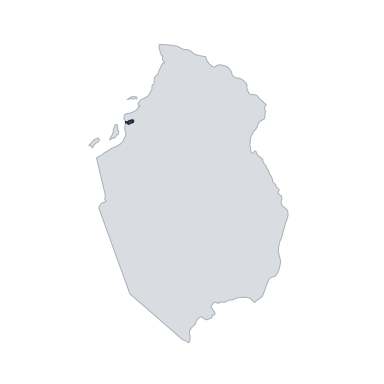 Ilala, Dar-Es-Salaam, United Republic of Tanzania (highlighted), rotated 221°
{"feature_id": "72390352B40584164885098", "entity_name": "Ilala", "entity_type": "district", "adm_level": 2, "iso_a3": "TZA", "parent_name": "United Republic of Tanzania", "parent_adm1": "Dar-Es-Salaam", "projection": "mercator", "projection_center": [39.169, -6.941], "detail": "fine", "context": "in_parent", "style": "filled", "palette": "slate", "viewbox_px": 384, "rotation_deg": 221, "n_neighbors": 0, "source": "geoboundaries", "source_scale": "gbopen_adm2", "svg_char_len": 5254}
<svg xmlns="http://www.w3.org/2000/svg" viewBox="0 0 384 384"><g transform="rotate(221 192 192)"><path d="M149.0,258.6L145.4,256.7L142.2,255.6L139.5,254.3L138.3,253.0L135.9,252.6L133.7,252.4L131.7,251.2L127.6,250.8L127.2,250.0L127.1,248.3L126.4,247.9L124.9,247.4L123.3,247.4L122.4,247.7L121.8,247.6L120.5,246.6L119.2,245.3L118.8,243.3L116.9,241.9L114.7,240.9L108.8,241.0L107.8,240.7L106.4,239.7L104.7,238.0L103.4,236.0L102.2,233.4L101.0,229.8L94.2,215.7L93.5,213.0L92.1,210.0L89.9,206.4L87.6,203.7L84.5,201.2L80.9,198.8L79.0,197.1L75.3,190.5L74.5,187.4L73.9,184.1L74.2,182.8L76.5,178.7L76.7,177.5L76.4,175.9L75.3,172.6L73.9,168.6L71.0,161.3L70.5,159.5L70.6,158.1L72.3,150.7L72.3,149.6L79.1,149.8L84.1,146.5L88.5,141.7L89.4,139.6L91.1,136.5L92.9,135.0L93.6,133.9L94.6,130.8L96.8,128.7L99.1,127.1L98.6,126.0L98.9,125.5L100.2,124.7L102.5,124.0L103.0,122.3L103.0,120.5L102.6,119.5L102.7,118.3L102.3,117.6L100.8,117.5L98.5,116.5L96.5,116.2L95.2,115.6L94.7,115.2L94.5,114.1L95.6,111.3L94.5,110.1L96.9,105.4L97.4,104.9L98.2,104.8L99.6,104.3L100.9,104.1L101.9,104.2L102.7,104.0L103.4,103.5L103.9,101.9L104.4,99.3L104.1,97.1L103.1,95.4L102.9,92.9L103.3,89.4L103.0,86.6L101.9,84.3L100.8,83.0L99.1,82.3L96.4,78.8L95.5,77.2L95.7,76.1L96.6,75.7L98.3,75.8L100.0,75.4L101.5,74.5L102.9,74.2L103.7,74.4L172.1,74.4L252.0,118.9L252.3,119.5L252.9,123.3L252.8,124.6L251.6,126.8L251.2,128.0L251.2,128.8L251.5,129.1L252.6,129.2L253.4,129.8L253.8,130.2L254.5,131.8L255.3,132.7L285.7,154.6L286.4,154.9L286.0,156.8L284.2,161.2L284.1,163.1L283.5,165.3L282.8,166.7L281.1,173.0L279.6,175.4L277.6,180.9L277.3,185.1L278.4,188.1L278.8,190.9L281.1,193.6L283.0,194.5L284.3,195.8L286.5,198.6L287.8,201.5L291.9,202.9L293.5,206.1L292.9,208.3L291.0,210.1L289.3,213.0L287.8,216.9L287.8,222.9L288.8,222.0L290.9,223.4L291.2,227.8L289.0,232.9L288.3,235.3L288.2,237.3L289.8,243.4L292.2,246.5L292.0,247.5L291.4,248.3L295.5,253.8L295.2,258.6L296.7,262.4L297.4,265.6L298.4,268.1L298.6,269.8L297.4,271.7L300.4,272.2L302.2,273.7L303.0,275.2L305.2,275.2L306.4,276.2L308.1,277.0L311.8,279.5L312.9,280.8L313.5,282.0L303.1,289.9L299.4,291.9L296.7,292.9L293.8,293.4L291.1,294.6L288.6,296.6L285.3,297.6L281.3,297.6L277.1,299.0L270.5,303.1L266.6,300.8L263.6,300.1L260.1,300.1L258.0,300.4L257.2,300.9L256.6,302.3L256.0,304.6L253.7,306.8L249.8,308.9L246.1,309.7L242.7,309.1L240.4,308.3L239.2,307.0L237.5,306.5L235.2,306.6L232.9,307.4L230.8,309.1L227.4,309.8L222.8,309.6L220.3,308.8L220.0,307.4L217.9,305.8L214.2,304.0L211.5,303.9L209.7,305.7L208.1,306.8L206.6,307.3L205.3,307.3L203.4,306.8L198.3,306.7L193.4,306.7L192.9,304.2L191.9,302.6L191.1,301.7L189.4,301.5L188.9,300.8L188.4,299.2L187.5,297.8L186.4,296.7L185.8,295.7L185.5,294.7L185.7,293.7L186.7,291.0L187.1,289.3L186.9,287.4L186.4,285.6L185.2,283.3L185.4,282.7L185.0,281.2L184.9,280.1L185.2,278.8L184.9,277.0L183.9,273.3L183.9,272.4L182.9,270.6L179.7,266.3L179.5,265.7L174.4,261.5L172.4,260.5L171.7,261.3L171.4,262.1L171.6,263.4L171.5,264.1L171.3,264.4L170.1,264.4L169.3,264.2L167.4,263.1L165.9,262.8L162.2,263.0L160.9,263.3L159.9,263.0L157.9,261.1L155.6,260.6L153.6,260.5L150.1,258.3L149.0,258.6ZM292.4,187.4L294.0,192.1L293.8,193.0L292.7,193.5L292.0,193.5L291.3,192.8L290.8,191.2L289.9,191.6L288.4,189.7L286.9,189.6L285.5,187.4L286.1,185.4L285.7,182.1L287.4,180.4L288.3,177.5L289.3,179.5L289.6,182.5L291.0,186.1L292.4,187.4ZM300.4,159.6L300.5,160.7L300.2,161.8L300.3,165.1L300.2,167.3L298.9,170.3L297.9,171.4L297.0,171.1L296.2,170.6L295.7,169.7L296.8,164.2L296.2,160.1L298.6,160.5L300.4,159.6ZM297.1,227.0L295.9,227.3L295.4,227.0L294.7,226.1L296.0,225.3L297.2,223.8L300.0,221.6L301.3,219.8L301.1,221.5L299.5,225.3L298.2,225.6L297.1,227.0Z" fill="#d9dde1" stroke="#a8b0b8" stroke-width="1"/><path d="M287.7,201.0L287.5,200.9L287.5,201.0L287.4,201.1L287.4,201.3L287.3,201.5L287.2,201.5L286.9,201.6L286.7,201.6L286.4,201.5L286.2,201.5L285.9,201.5L285.7,201.5L285.7,201.4L285.7,201.5L285.6,201.4L285.4,201.4L285.3,201.5L285.2,201.5L284.9,201.5L284.7,201.6L284.8,201.7L284.7,201.8L284.6,201.7L284.4,201.7L284.4,201.8L284.2,201.8L284.1,202.0L284.0,202.3L283.9,202.4L283.9,202.5L284.0,202.7L284.0,202.8L283.9,203.2L283.9,203.6L283.7,203.7L283.7,203.8L283.6,204.0L283.4,204.0L283.4,204.3L283.2,204.4L283.2,204.5L282.8,204.9L283.0,205.0L282.8,205.5L283.0,205.8L282.8,206.0L282.6,206.1L282.3,206.0L282.2,206.0L282.1,206.3L282.2,206.5L282.3,206.5L282.5,206.5L282.5,206.4L282.8,206.3L282.8,206.2L283.0,206.2L283.1,206.3L283.0,206.5L283.1,206.8L283.3,206.9L283.3,207.0L283.4,206.9L283.5,206.9L283.9,207.1L284.0,207.1L283.9,207.3L283.9,207.5L284.0,207.5L284.1,207.4L284.3,207.3L284.3,207.2L284.3,207.3L284.3,207.2L284.5,207.1L284.5,206.9L284.6,206.7L284.6,206.4L284.8,206.3L284.8,206.2L284.8,205.9L285.0,205.9L285.3,205.8L285.3,205.7L285.2,205.4L285.3,205.4L285.5,205.4L285.5,205.2L285.8,205.0L285.8,204.9L285.8,204.7L285.9,204.4L286.1,204.4L286.1,204.2L286.3,204.0L286.3,203.9L286.5,203.8L286.5,203.7L286.7,203.4L286.8,203.4L286.7,203.4L286.4,203.3L286.4,203.2L286.2,203.0L286.1,202.9L286.4,202.7L286.8,202.5L286.8,202.3L286.8,202.2L286.7,202.1L286.9,202.1L287.4,201.7L287.4,201.8L287.5,201.7L287.6,201.8L287.8,201.7L287.7,201.6L287.8,201.5L288.0,201.5L288.1,201.4L287.8,201.1L287.7,201.0L287.7,201.0Z" fill="#64748b" stroke="#1e293b" stroke-width="1.5"/></g></svg>